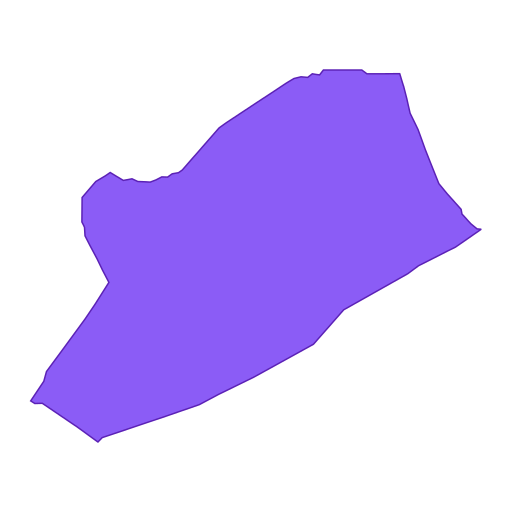 the district of Talawdi, South Kordufan, Sudan
{"feature_id": "16777658B54503315646042", "entity_name": "Talawdi", "entity_type": "district", "adm_level": 2, "iso_a3": "SDN", "parent_name": "Sudan", "parent_adm1": "South Kordufan", "projection": "robinson", "projection_center": [30.424, 10.544], "detail": "fine", "context": "isolated", "style": "filled", "palette": "violet", "viewbox_px": 512, "rotation_deg": 0, "n_neighbors": 0, "source": "geoboundaries", "source_scale": "gbopen_adm2", "svg_char_len": 1674}
<svg xmlns="http://www.w3.org/2000/svg" viewBox="0 0 512 512"><path d="M30.7,400.9L34.8,403.5L42.3,403.3L74.3,425.0L75.2,425.6L76.3,426.3L97.9,442.0L98.0,442.0L99.2,440.7L100.6,439.3L102.2,437.6L102.5,437.5L108.5,435.5L110.3,434.9L129.3,428.5L145.6,423.0L151.3,421.1L165.6,416.3L178.0,412.0L199.4,404.6L218.7,394.3L224.3,391.6L234.9,386.4L239.0,384.4L253.7,377.2L313.5,344.2L317.7,339.4L330.9,324.4L343.7,309.8L407.8,273.7L418.6,265.7L438.8,255.5L447.4,251.1L455.5,247.1L467.2,239.0L473.8,234.4L477.6,231.8L481.1,229.3L481.3,229.2L480.8,229.2L477.1,228.9L474.5,226.8L470.9,223.8L468.2,220.9L463.9,216.1L462.0,214.1L461.1,209.3L454.9,202.4L454.3,201.7L447.2,193.8L438.9,183.7L438.4,182.5L429.8,161.0L425.3,149.6L421.6,139.3L418.1,129.7L415.8,124.9L410.1,113.2L408.3,105.4L406.8,98.7L403.6,86.2L403.2,85.1L401.2,78.6L400.5,76.2L400.2,75.3L399.9,74.2L399.7,73.7L395.0,73.7L383.3,73.8L382.0,73.8L366.9,73.8L361.8,70.0L358.8,70.0L357.4,70.0L341.0,70.0L323.4,70.0L319.6,74.9L315.9,74.4L312.3,73.8L307.7,77.4L301.0,76.8L294.0,78.5L289.1,81.4L285.7,83.5L285.3,83.8L284.3,84.4L284.2,84.5L271.7,92.8L258.1,101.7L227.4,122.0L225.5,123.3L220.2,127.1L219.0,128.0L207.3,141.4L202.3,147.1L197.1,153.1L192.4,158.4L182.3,170.0L178.5,172.7L177.3,172.9L172.2,173.8L171.2,174.5L167.6,177.1L161.8,176.9L156.0,179.9L150.2,182.1L144.8,181.8L137.8,181.5L132.0,178.8L127.9,179.6L123.3,180.4L118.0,177.2L117.1,176.7L110.2,172.5L105.4,175.8L95.8,181.5L82.1,197.5L81.9,222.0L83.9,225.9L84.0,226.3L84.5,227.3L85.0,235.4L85.0,235.8L89.8,245.2L97.1,258.9L102.4,269.9L108.9,282.4L94.9,304.5L85.0,319.1L62.6,349.7L46.5,371.5L43.8,381.3L30.7,400.9Z" fill="#8b5cf6" stroke="#5b21b6" stroke-width="1.5"/></svg>